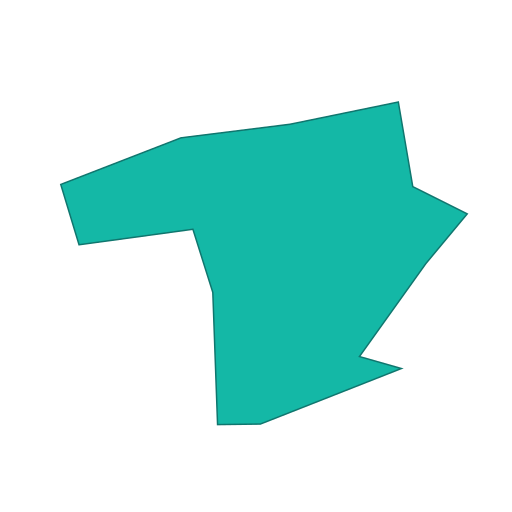 Kwai Tsing, Robinson projection, rotated 278°
{"feature_id": "HKG-5164", "entity_name": "Kwai Tsing", "entity_type": "state/province", "adm_level": 1, "iso_a3": "HKG", "parent_name": "Hong Kong S.A.R.", "parent_adm1": "", "projection": "robinson", "projection_center": [114.137, 22.356], "detail": "fine", "context": "isolated", "style": "filled", "palette": "teal", "viewbox_px": 512, "rotation_deg": 278, "n_neighbors": 0, "source": "natural_earth", "source_scale": "10m", "svg_char_len": 347}
<svg xmlns="http://www.w3.org/2000/svg" viewBox="0 0 512 512"><g transform="rotate(278 256 256)"><path d="M327.1,459.3L272.2,425.3L170.8,372.4L164.8,415.6L90.2,283.7L83.7,241.4L213.9,218.3L273.7,189.8L242.5,79.2L299.7,52.7L362.6,165.3L391.2,271.3L428.3,375.5L346.5,401.6L327.1,459.3Z" fill="#14b8a6" stroke="#0f766e" stroke-width="1.5"/></g></svg>